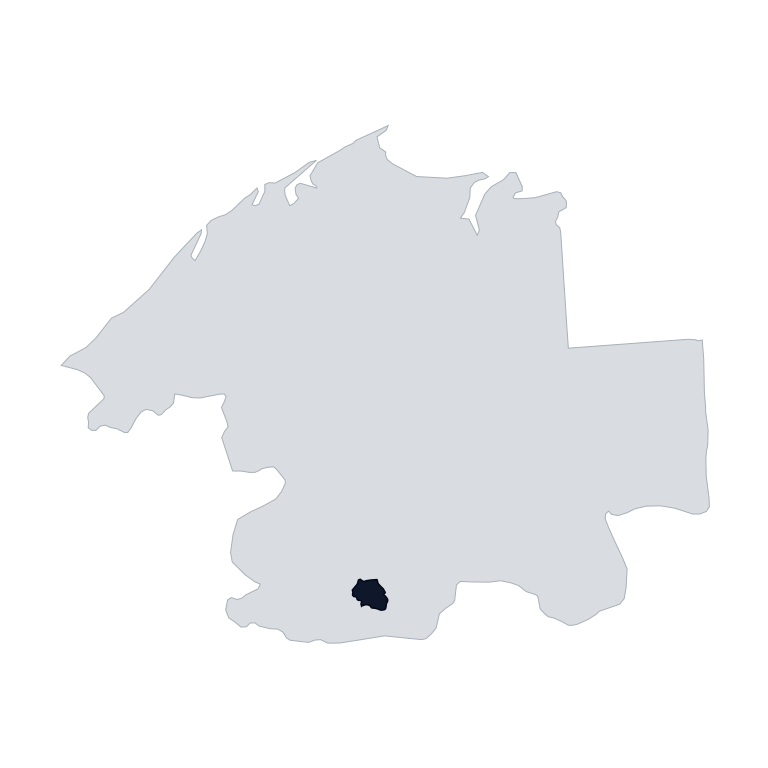 location of Lèkoni-Lèkori, Haut-Ogooué, Gabon, rotated 86°
{"feature_id": "22940354B21912666573849", "entity_name": "Lèkoni-Lèkori", "entity_type": "district", "adm_level": 2, "iso_a3": "GAB", "parent_name": "Gabon", "parent_adm1": "Haut-Ogooué", "projection": "natural_earth1", "projection_center": [13.947, -1.086], "detail": "fine", "context": "in_parent", "style": "filled", "palette": "ink", "viewbox_px": 768, "rotation_deg": 86, "n_neighbors": 0, "source": "geoboundaries", "source_scale": "gbopen_adm2", "svg_char_len": 4413}
<svg xmlns="http://www.w3.org/2000/svg" viewBox="0 0 768 768"><g transform="rotate(86 384 384)"><path d="M535.7,77.8L535.3,85.0L528.2,102.6L524.9,116.2L524.1,130.7L526.0,142.4L529.4,150.7L531.6,159.8L529.9,166.1L526.5,168.8L528.9,172.0L534.0,172.7L542.8,170.0L556.2,165.1L573.9,158.2L585.5,154.4L604.6,156.8L614.9,159.4L620.1,164.3L625.7,185.1L628.5,188.3L633.2,197.1L637.1,207.8L637.9,213.2L637.5,217.0L633.6,222.8L629.2,231.2L627.6,236.4L624.0,240.1L619.3,243.9L606.5,245.4L604.6,247.6L601.0,256.6L594.2,264.2L591.2,271.4L588.4,281.1L589.0,293.0L587.6,310.1L586.2,321.7L589.6,325.8L604.9,328.6L607.9,330.9L612.0,338.1L617.2,344.8L631.2,349.1L636.6,354.2L641.0,359.9L641.6,364.5L638.4,383.1L635.3,401.0L636.5,414.6L637.7,427.6L639.3,446.5L638.6,458.1L634.6,465.1L634.6,470.6L636.5,477.3L633.0,495.7L630.7,498.8L624.4,502.2L621.1,507.2L620.1,515.0L616.7,525.6L613.2,529.5L613.2,534.4L616.6,538.1L616.5,543.6L610.3,550.2L606.5,555.2L598.2,557.7L588.6,555.1L586.4,551.4L588.7,545.7L587.9,541.1L584.6,536.3L579.5,523.9L575.0,521.3L572.5,526.4L564.7,535.8L551.0,547.8L541.4,548.8L523.7,545.1L508.9,539.4L501.9,525.2L497.5,513.6L491.2,500.0L484.0,493.6L476.4,489.5L473.1,489.2L462.2,496.7L458.9,499.7L459.0,506.0L460.0,511.9L461.7,514.8L463.1,518.6L462.8,524.5L460.9,532.4L460.2,541.1L426.2,549.6L420.3,546.5L416.0,542.6L410.8,543.3L396.1,547.8L390.7,544.6L385.3,542.4L382.8,544.3L382.6,548.0L385.1,568.5L384.3,576.3L381.0,586.4L379.3,593.4L388.3,595.3L391.6,598.5L394.7,603.7L399.1,608.5L399.4,611.4L394.4,616.7L392.8,623.3L395.1,628.5L401.3,633.8L410.2,639.4L414.6,643.1L414.2,646.4L410.0,653.6L408.4,659.6L405.6,665.0L406.2,670.0L410.2,674.7L409.8,678.9L407.1,682.1L401.5,681.4L396.7,681.9L392.5,680.6L379.2,664.4L376.3,663.9L357.1,676.3L352.3,681.5L348.3,688.8L343.0,704.7L334.3,695.5L326.7,678.5L317.9,668.1L299.3,651.3L294.4,638.9L273.2,611.6L242.7,584.2L220.7,560.5L217.4,555.3L221.1,555.9L242.3,567.7L245.2,566.4L247.7,563.8L238.5,557.6L229.7,552.7L221.5,549.7L213.3,549.9L208.7,544.9L205.7,537.3L204.2,530.8L200.5,523.9L188.8,509.9L186.0,504.5L179.6,497.0L183.5,496.1L196.0,503.2L197.1,500.3L196.0,496.2L183.5,489.4L176.6,489.0L175.1,484.3L176.0,478.8L167.0,458.3L157.6,443.0L156.2,435.8L181.4,469.1L184.7,469.7L189.2,469.3L199.6,465.6L197.6,461.2L192.9,456.4L188.3,458.6L182.4,459.0L179.3,457.0L177.9,453.6L183.8,437.4L181.3,438.2L179.4,441.1L176.1,442.5L171.1,443.3L158.7,434.7L147.7,411.3L144.8,406.5L141.9,398.3L139.0,395.0L126.4,361.7L131.2,364.2L137.0,373.8L148.1,371.8L152.5,366.2L156.3,366.4L160.2,365.1L165.1,359.9L179.3,337.0L183.1,306.8L181.9,288.8L179.8,271.0L184.5,265.3L186.4,269.1L187.3,275.4L189.5,280.1L194.6,284.3L204.1,285.4L218.7,292.0L223.9,296.2L225.4,287.8L242.2,280.6L237.1,278.1L222.1,280.9L201.6,270.2L194.8,263.4L188.5,250.5L181.9,243.8L182.3,237.7L197.1,232.2L201.0,232.8L202.5,239.5L206.5,242.2L208.0,241.3L208.7,235.6L208.7,220.3L204.2,198.5L205.6,194.3L209.6,192.8L213.2,189.9L215.7,189.3L220.7,189.9L223.2,194.9L224.6,197.7L229.6,199.0L233.8,201.7L237.3,201.0L240.3,197.8L244.6,197.2L258.0,197.2L270.2,197.3L294.4,197.4L318.7,197.5L342.9,197.6L361.1,197.6L361.1,185.1L361.0,165.9L360.9,143.1L360.8,121.2L360.7,101.1L360.6,77.2L361.6,70.3L362.8,67.5L362.3,63.5L381.1,63.3L415.1,65.0L429.9,64.8L434.1,65.1L452.6,63.9L467.7,65.4L474.0,67.1L479.8,68.0L497.8,69.0L521.2,67.7L529.2,68.0L533.6,71.3L535.7,77.8Z" fill="#d9dde1" stroke="#a8b0b8" stroke-width="1"/><path d="M606.5,411.9L606.9,409.9L607.3,407.8L608.0,405.9L609.2,403.5L609.4,402.2L609.4,400.9L609.1,399.1L608.3,398.2L607.5,397.8L606.0,397.5L603.3,396.9L602.1,396.2L601.3,395.6L599.9,395.4L598.9,395.5L598.0,395.9L596.9,396.6L595.6,397.5L594.9,398.5L594.2,398.9L593.5,398.7L592.9,397.8L592.0,397.3L589.7,398.4L588.4,398.9L586.4,400.7L584.9,402.0L583.0,403.5L581.7,404.1L579.7,404.3L578.6,404.7L578.6,407.7L578.6,409.8L578.7,411.9L578.9,414.1L578.9,415.1L579.3,416.4L579.5,417.4L579.4,418.4L578.9,419.2L578.1,420.2L577.1,421.4L577.7,423.1L578.5,423.5L580.1,423.9L581.4,424.5L582.6,425.4L584.2,427.0L586.0,428.7L587.4,430.0L588.9,429.7L590.3,429.6L591.5,430.1L592.6,430.0L593.9,429.0L594.2,427.5L594.4,426.6L595.4,426.1L596.8,425.9L597.7,425.2L598.1,424.1L598.2,422.6L599.1,421.7L600.0,421.5L600.9,422.0L601.3,422.2L602.1,422.3L603.4,422.0L604.1,421.9L603.8,421.5L603.4,419.7L602.9,418.2L602.9,416.9L603.2,415.7L603.6,414.5L604.0,413.6L606.1,412.3L606.5,411.9Z" fill="#0f172a" stroke="#020617" stroke-width="1.5"/></g></svg>